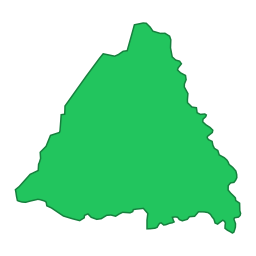 Bañado de Medina, Cerro Largo, Uruguay (Robinson projection)
{"feature_id": "84410073B9174181273623", "entity_name": "Bañado de Medina", "entity_type": "district", "adm_level": 2, "iso_a3": "URY", "parent_name": "Uruguay", "parent_adm1": "Cerro Largo", "projection": "robinson", "projection_center": [-54.279, -32.336], "detail": "fine", "context": "isolated", "style": "filled", "palette": "green", "viewbox_px": 256, "rotation_deg": 0, "n_neighbors": 0, "source": "geoboundaries", "source_scale": "gbopen_adm2", "svg_char_len": 2126}
<svg xmlns="http://www.w3.org/2000/svg" viewBox="0 0 256 256"><path d="M132.7,211.6L133.3,209.6L136.2,209.1L143.4,208.4L147.8,213.5L147.0,220.2L147.0,228.8L150.3,228.7L155.0,228.2L157.1,227.3L158.2,225.3L159.5,223.4L161.1,222.8L163.7,225.0L165.9,224.7L169.5,223.3L172.2,222.8L174.1,221.9L173.2,220.1L172.4,217.3L175.1,216.9L177.6,217.2L179.4,219.6L182.3,220.8L187.3,219.3L189.4,216.7L194.6,216.3L198.5,211.8L204.1,211.9L208.1,212.6L210.5,214.4L212.1,216.9L213.9,219.1L215.1,223.0L217.6,224.1L219.9,222.3L222.8,220.2L224.5,221.3L225.4,223.0L225.1,225.5L225.0,228.3L227.4,230.2L230.1,231.6L232.4,233.0L233.8,232.2L234.7,229.6L235.4,227.2L235.5,223.7L234.7,221.5L233.9,219.1L234.5,217.8L238.5,217.1L240.1,215.4L240.6,213.4L239.8,210.7L239.6,203.2L235.7,200.5L235.4,198.0L234.6,197.0L230.6,193.1L228.1,190.0L228.2,185.6L230.5,182.9L233.9,182.4L235.5,180.4L236.8,177.7L236.7,174.6L235.8,171.0L232.7,167.4L229.1,164.5L228.1,162.0L226.9,160.1L224.4,157.8L219.2,154.9L217.8,150.5L214.4,148.4L212.9,145.3L212.1,141.4L208.4,139.6L207.2,137.7L207.4,136.4L212.3,132.5L212.8,130.2L210.1,127.5L205.9,124.8L202.7,121.8L203.0,119.2L205.7,116.7L206.3,115.0L204.8,114.0L200.3,114.4L197.1,112.7L196.4,107.7L192.0,107.1L187.5,102.7L187.4,100.0L187.9,93.6L184.3,87.0L184.4,83.9L186.1,79.7L185.5,75.5L180.5,72.8L177.5,70.0L178.1,67.9L181.4,63.8L179.6,61.2L175.6,60.0L172.2,56.9L170.5,47.9L170.8,39.8L169.6,36.2L165.0,33.3L160.3,33.4L152.9,31.2L150.1,27.1L146.3,23.3L143.2,23.0L134.4,24.8L132.0,33.6L127.2,50.7L123.1,51.3L118.5,54.5L114.7,56.2L103.2,53.8L99.6,58.2L86.4,76.0L65.0,106.0L64.9,110.2L64.7,114.2L61.2,114.7L60.8,120.5L60.0,130.8L59.4,132.5L50.5,135.4L46.1,146.3L40.2,152.3L40.6,158.5L39.3,162.7L38.6,164.2L38.2,170.5L30.2,174.3L19.2,186.6L15.4,189.7L15.9,192.1L16.5,196.3L17.4,200.5L18.8,201.1L21.9,202.0L25.6,202.3L30.4,201.0L37.8,199.3L40.0,199.6L44.6,201.0L46.2,202.2L46.8,205.8L51.4,207.9L63.4,216.0L72.6,218.8L79.7,220.6L84.2,217.8L84.5,215.4L87.9,213.9L91.2,217.3L96.7,219.3L101.2,218.7L106.7,215.3L111.0,215.0L115.6,216.2L119.3,213.9L122.6,212.3L130.1,212.8L132.7,211.6Z" fill="#22c55e" stroke="#15803d" stroke-width="1.5"/></svg>